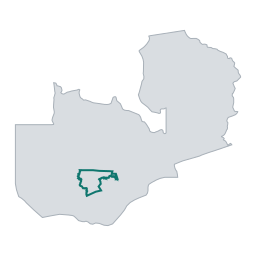 location of Itezhi-Tezhi, Southern, Zambia
{"feature_id": "96606910B99117639697542", "entity_name": "Itezhi-Tezhi", "entity_type": "district", "adm_level": 2, "iso_a3": "ZMB", "parent_name": "Zambia", "parent_adm1": "Southern", "projection": "mercator", "projection_center": [26.535, -15.924], "detail": "fine", "context": "in_parent", "style": "outline", "palette": "teal", "viewbox_px": 256, "rotation_deg": 0, "n_neighbors": 0, "source": "geoboundaries", "source_scale": "gbopen_adm2", "svg_char_len": 7011}
<svg xmlns="http://www.w3.org/2000/svg" viewBox="0 0 256 256"><path d="M177.7,177.3L164.8,177.3L160.1,178.4L156.3,180.0L151.7,182.5L149.1,184.2L148.4,185.2L148.0,187.3L148.0,190.6L147.5,193.0L146.1,195.1L139.2,197.8L134.6,199.9L130.2,202.5L126.8,205.8L124.5,209.9L120.6,214.9L112.6,223.9L107.9,225.6L104.0,225.2L99.3,223.4L95.6,223.0L92.8,224.2L90.3,223.8L87.9,221.9L86.0,221.2L84.4,221.7L82.3,221.6L78.6,220.6L75.4,217.4L73.7,216.0L72.3,215.5L68.5,215.0L59.6,214.3L50.5,215.9L42.4,217.5L34.2,210.3L26.3,202.8L24.6,200.8L21.6,198.3L19.5,197.1L18.7,196.5L16.5,189.7L15.4,183.6L15.4,124.7L51.3,124.7L53.6,124.5L53.7,123.8L52.1,120.7L52.1,119.6L52.6,117.5L54.2,113.3L54.3,111.9L53.5,107.3L53.6,104.7L54.0,99.5L53.8,97.8L54.6,95.4L54.9,93.9L55.2,93.2L54.8,91.5L54.1,85.3L53.7,82.7L55.8,83.1L56.6,84.4L57.0,85.8L57.9,85.9L60.5,86.7L61.4,87.8L62.0,90.3L61.6,91.5L60.8,92.6L61.6,93.5L63.3,94.1L64.3,93.9L67.2,92.2L69.9,91.6L71.2,91.1L77.2,90.0L78.4,89.4L79.2,89.4L79.8,89.9L79.2,91.7L79.1,93.2L79.8,96.1L80.4,97.5L81.6,98.5L82.5,99.0L83.5,100.1L85.6,99.9L90.1,101.4L91.5,102.1L93.4,102.8L94.8,103.0L99.4,103.6L104.4,104.4L107.0,104.5L108.8,104.3L110.1,103.8L110.9,103.4L111.2,102.9L113.1,97.4L114.0,96.9L115.3,96.7L116.0,97.2L116.8,100.7L120.4,103.8L121.6,106.5L122.5,108.8L123.2,109.4L124.6,110.2L126.8,110.5L128.7,110.6L138.4,114.5L139.4,115.2L140.6,117.2L141.3,119.6L142.1,121.5L143.3,121.8L144.4,121.9L145.5,123.2L146.4,124.3L149.2,128.9L149.6,130.8L151.0,132.0L152.9,132.5L154.6,132.6L155.6,132.0L158.1,131.1L160.0,130.0L161.4,129.6L162.3,129.9L162.9,130.6L163.3,132.9L164.7,133.7L165.7,133.4L166.1,132.5L166.1,132.0L166.1,108.0L165.2,108.2L164.1,108.9L161.5,108.9L160.6,109.4L160.2,110.2L160.4,111.2L160.5,112.6L160.1,113.2L159.0,113.4L157.4,112.9L154.4,112.2L152.0,111.8L150.2,110.0L147.9,107.3L146.3,106.0L142.5,103.1L141.9,102.6L140.8,101.2L139.8,99.0L138.9,96.4L138.4,94.8L139.3,92.2L141.5,84.0L142.0,81.4L143.8,78.8L143.9,76.4L143.2,73.4L143.4,71.8L143.6,62.3L143.1,59.4L141.9,56.1L139.2,51.5L139.2,50.5L143.4,47.5L144.6,46.4L146.8,44.0L148.2,41.9L149.2,40.3L149.5,38.1L148.8,36.1L150.2,35.7L184.5,30.4L185.0,31.8L186.1,34.1L187.2,35.8L188.7,37.3L190.0,38.2L190.8,38.5L196.1,38.4L198.0,39.3L199.6,40.5L200.0,42.3L201.1,43.4L202.3,44.3L202.8,44.4L203.7,44.2L205.1,44.2L206.4,44.6L207.0,45.0L207.1,46.5L207.5,47.2L209.3,47.4L211.1,47.5L212.9,48.6L214.8,48.7L217.0,49.2L218.0,50.3L220.3,51.4L223.2,52.4L226.3,54.1L226.4,54.6L226.9,55.6L227.5,56.3L227.5,57.3L227.8,58.3L228.6,58.5L229.3,58.6L229.9,57.9L230.7,57.9L231.7,58.3L232.0,59.4L232.7,60.9L233.9,62.0L234.7,63.0L234.4,64.7L233.9,66.4L235.5,68.0L237.5,69.6L238.1,70.2L238.3,72.5L238.6,73.3L240.0,75.2L240.6,76.5L240.6,77.2L236.8,81.0L234.5,81.6L233.5,82.4L232.9,83.2L234.4,86.9L235.2,88.4L234.5,90.2L233.1,93.2L232.4,93.5L232.2,95.8L232.7,96.6L233.4,97.3L233.7,98.8L233.7,102.7L232.7,107.2L234.4,111.0L235.0,111.4L237.4,111.5L237.8,111.8L237.2,112.9L235.6,114.6L232.6,115.9L228.3,117.4L227.4,118.8L226.8,120.8L227.3,122.0L227.9,122.7L227.7,124.5L227.3,126.4L227.5,127.8L227.3,129.1L226.7,129.8L225.9,131.8L225.0,133.7L224.3,134.7L223.2,135.6L221.5,136.4L221.6,136.8L223.5,137.7L224.0,138.3L224.2,138.8L223.4,139.8L224.2,140.4L225.3,140.9L226.3,142.2L227.5,144.7L227.7,145.0L228.1,145.0L228.7,144.7L229.9,143.7L230.7,143.4L231.8,144.8L213.9,150.9L209.7,152.2L203.4,154.4L201.3,155.2L199.7,156.0L183.0,160.8L180.4,161.8L174.5,164.2L174.3,164.7L174.4,165.8L174.9,168.1L175.9,170.2L176.8,171.4L177.4,174.6L177.7,177.3Z" fill="#d9dde1" stroke="#a8b0b8" stroke-width="1"/><path d="M117.5,178.9L115.9,173.8L111.8,173.7L112.4,171.3L111.1,171.3L108.8,171.1L107.2,171.1L100.4,170.9L99.6,170.9L93.0,170.2L88.1,170.2L83.3,170.2L79.7,170.1L79.8,170.5L79.9,170.8L80.1,171.1L80.2,171.3L80.0,171.6L79.8,171.7L79.6,171.9L79.6,172.0L79.7,172.5L79.7,172.8L79.6,173.1L79.5,173.4L79.2,173.8L78.8,173.8L78.8,173.7L78.7,173.7L78.4,173.8L78.2,174.0L78.3,174.3L78.6,174.5L79.1,174.8L79.0,175.0L78.9,175.1L78.6,175.4L78.4,175.6L78.2,175.8L77.8,176.2L77.8,176.3L78.0,176.4L78.0,176.6L78.4,176.7L78.7,176.8L78.8,177.0L79.1,177.5L79.0,177.9L78.3,178.4L78.6,178.6L78.8,178.9L79.2,179.5L79.3,179.6L79.6,179.6L79.8,179.5L80.2,179.2L80.5,178.7L80.8,178.7L81.3,179.2L81.3,179.3L81.3,179.5L81.4,179.8L81.3,180.0L81.2,180.1L81.1,180.3L81.0,180.6L81.0,180.8L81.0,181.0L81.1,181.4L81.0,181.7L80.9,181.9L80.7,182.1L80.5,182.5L80.3,182.9L80.3,183.1L80.4,183.5L80.1,183.9L80.0,184.2L79.7,184.8L79.7,185.0L79.9,185.5L80.0,185.6L80.3,185.7L80.6,186.0L81.1,186.1L81.3,186.1L81.6,186.2L82.0,186.5L82.2,186.8L82.3,187.1L82.6,187.5L82.8,188.0L83.1,188.3L83.6,188.2L83.8,188.1L84.0,188.1L84.4,188.4L84.9,188.3L85.1,188.2L85.3,188.1L85.9,188.2L86.0,188.2L86.5,188.1L86.8,188.4L86.8,188.6L86.6,188.8L86.6,189.0L86.8,189.1L86.8,189.6L86.7,189.9L86.5,190.1L86.4,190.2L86.4,190.4L86.4,190.5L86.5,190.7L86.7,190.8L86.5,191.0L86.8,191.4L86.8,191.5L87.0,191.6L86.9,191.8L86.6,191.9L86.6,192.1L86.5,192.3L86.4,192.5L86.5,192.8L86.6,193.0L86.4,193.5L86.3,194.0L86.4,194.4L86.5,194.4L86.6,194.6L86.9,194.8L86.7,195.1L86.7,195.3L86.7,195.5L86.8,195.8L95.8,191.7L101.1,190.5L100.7,189.8L98.6,186.5L99.0,186.0L100.1,184.5L100.3,184.4L100.5,184.3L100.6,184.1L100.7,183.8L100.7,183.5L100.6,183.4L100.5,182.7L100.5,182.1L100.4,181.5L100.2,181.3L100.2,181.1L100.1,180.9L100.0,180.6L99.7,180.1L99.6,179.9L99.4,179.6L99.2,179.3L99.1,179.2L99.3,179.0L99.4,178.9L99.8,179.0L100.0,179.0L100.3,179.1L100.5,179.0L100.5,178.9L100.4,178.9L100.5,178.8L101.0,178.5L100.9,178.4L101.0,178.3L101.1,178.2L101.4,178.1L101.5,177.9L101.9,177.8L102.2,177.9L102.3,177.9L102.5,177.8L102.7,177.6L103.1,177.6L103.4,177.5L103.6,177.3L103.8,177.3L104.0,177.6L104.0,177.8L103.9,178.2L104.0,178.5L104.3,178.4L104.6,178.3L104.8,178.0L104.9,177.9L105.0,177.9L105.2,178.0L105.2,178.3L105.4,178.4L105.5,178.5L105.6,178.4L105.8,178.3L105.9,178.2L105.8,177.9L106.1,178.0L106.3,178.2L106.3,177.7L106.5,177.7L106.5,177.9L106.5,178.0L106.8,178.1L107.0,178.0L107.3,177.8L107.5,177.8L107.9,177.7L108.1,177.7L108.3,177.8L108.5,177.7L108.8,177.7L108.9,177.2L108.7,177.0L108.7,176.9L108.5,176.7L108.8,176.8L108.9,176.7L109.0,176.6L109.1,176.8L109.3,176.7L109.2,176.6L109.2,176.3L109.3,176.2L109.6,176.2L109.8,176.0L110.0,175.9L110.2,176.0L110.3,176.0L110.4,175.9L110.5,175.8L110.8,175.9L110.9,176.0L111.0,176.0L111.1,175.9L111.1,175.7L111.1,175.8L111.4,175.9L111.5,175.8L111.5,176.0L111.7,176.3L111.7,176.5L111.9,176.8L112.1,176.8L112.1,176.7L112.2,176.4L112.3,176.4L112.5,176.4L112.7,176.5L112.8,176.5L113.0,176.5L113.3,176.2L113.6,176.4L113.8,176.4L113.8,176.5L114.0,176.7L114.1,176.8L114.3,177.0L114.4,176.9L114.4,177.0L114.5,177.0L114.7,176.9L114.8,176.9L114.9,176.7L115.0,176.9L115.1,177.0L115.3,177.3L115.4,177.5L115.3,177.9L115.4,178.0L115.5,178.0L115.8,178.2L115.8,178.3L115.8,178.5L115.9,178.4L116.0,178.4L116.0,178.5L115.9,178.5L116.1,178.6L116.0,178.9L116.1,179.0L116.3,179.2L116.5,179.0L116.8,179.0L116.8,178.9L116.9,179.0L117.0,179.0L117.1,178.9L117.2,179.0L117.3,179.1L117.3,178.9L117.5,178.9Z" fill="none" stroke="#0f766e" stroke-width="2"/></svg>